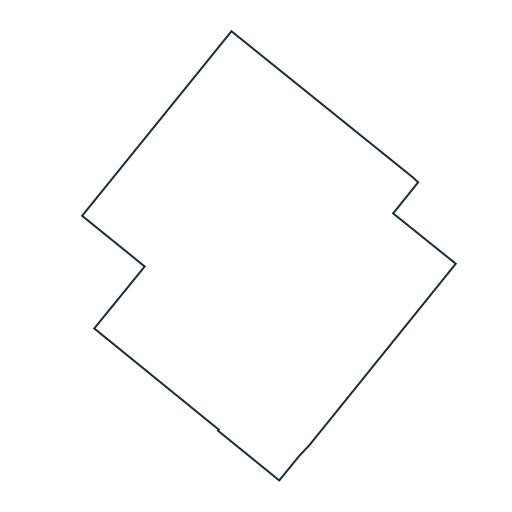 outline of Coal, Oklahoma, United States of America, rotated 309°
{"feature_id": "52423323B50350811267407", "entity_name": "Coal", "entity_type": "district", "adm_level": 2, "iso_a3": "USA", "parent_name": "United States of America", "parent_adm1": "Oklahoma", "projection": "albers", "projection_center": [-96.329, 34.593], "detail": "fine", "context": "isolated", "style": "outline", "palette": "slate", "viewbox_px": 512, "rotation_deg": 309, "n_neighbors": 0, "source": "geoboundaries", "source_scale": "gbopen_adm2", "svg_char_len": 352}
<svg xmlns="http://www.w3.org/2000/svg" viewBox="0 0 512 512"><g transform="rotate(309 256 256)"><path d="M176.9,416.5L375.7,416.1L375.4,335.8L415.3,335.6L415.8,328.4L415.4,175.4L415.2,95.5L177.8,95.6L177.8,176.1L97.9,175.9L97.6,336.3L96.3,336.4L96.2,415.3L128.1,415.4L142.3,416.5L176.9,416.5Z" fill="none" stroke="#1e293b" stroke-width="2"/></g></svg>